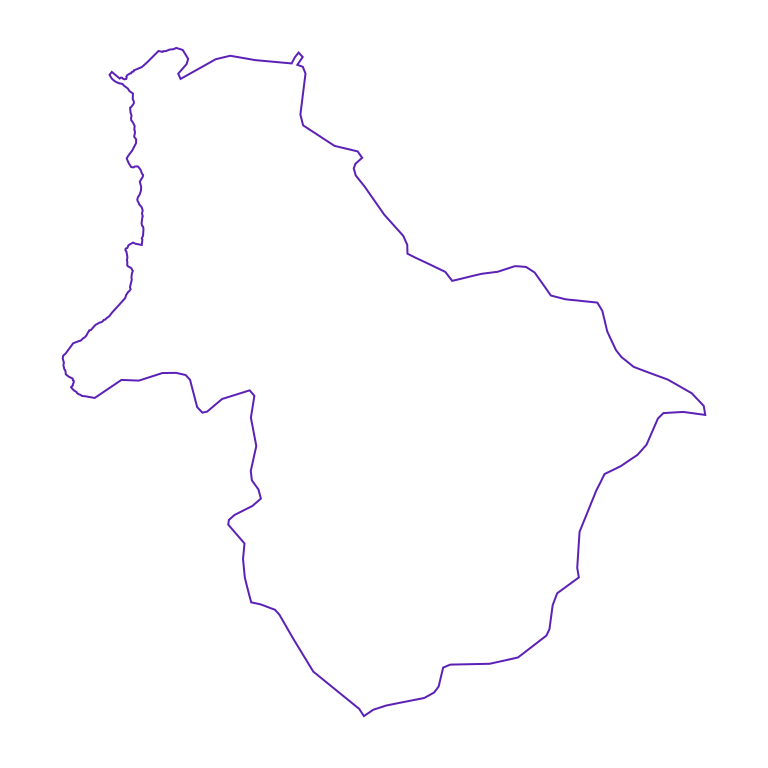 Cavnic, Maramures, Romania (orthographic projection), rotated 91°
{"feature_id": "2599482B81907066395541", "entity_name": "Cavnic", "entity_type": "district", "adm_level": 2, "iso_a3": "ROU", "parent_name": "Romania", "parent_adm1": "Maramures", "projection": "orthographic", "projection_center": [23.847, 47.662], "detail": "fine", "context": "isolated", "style": "outline", "palette": "violet", "viewbox_px": 768, "rotation_deg": 91, "n_neighbors": 0, "source": "geoboundaries", "source_scale": "gbopen_adm2", "svg_char_len": 3944}
<svg xmlns="http://www.w3.org/2000/svg" viewBox="0 0 768 768"><g transform="rotate(91 384 384)"><path d="M640.7,470.0L672.8,449.7L681.8,438.2L709.3,403.1L716.4,398.3L709.9,389.1L705.5,376.4L702.5,362.8L697.2,338.2L691.5,328.4L685.5,324.1L666.5,319.9L663.4,312.8L661.9,273.5L655.1,245.3L646.9,235.0L637.0,222.6L632.7,217.2L626.3,214.3L602.2,211.5L590.2,207.2L574.0,185.8L564.5,187.6L528.4,185.9L486.6,169.8L477.6,165.4L470.1,161.9L467.2,156.0L461.9,145.7L455.4,136.5L450.5,129.4L440.2,120.5L413.7,109.5L408.2,104.1L406.7,84.3L409.3,62.3L400.4,63.9L387.9,76.1L374.6,100.4L367.8,120.0L362.5,134.7L356.1,142.9L352.8,147.2L346.0,152.7L330.5,160.3L327.5,161.7L323.8,162.7L318.2,164.1L311.3,165.9L307.0,167.0L298.9,172.1L298.3,178.7L297.7,186.0L297.1,192.2L296.6,199.0L296.1,204.2L295.9,205.1L294.9,209.2L293.5,215.1L292.6,218.7L290.6,220.2L285.6,223.8L269.9,235.3L264.5,244.0L264.1,249.9L263.9,254.9L264.2,256.1L268.5,268.5L269.8,272.3L270.5,277.2L272.1,288.2L274.1,296.2L276.8,306.4L279.7,317.6L270.8,324.7L262.2,343.5L257.2,354.7L253.3,362.8L244.4,363.2L235.6,367.3L214.6,386.8L187.1,406.7L176.0,415.9L169.0,418.0L164.3,416.4L158.2,409.8L151.9,414.4L146.8,437.6L140.7,447.3L126.8,469.4L116.0,472.3L75.0,467.9L68.3,470.7L66.4,476.2L58.5,471.0L54.1,475.2L59.0,478.9L62.0,480.4L65.1,481.9L62.4,518.6L61.4,524.8L58.5,543.5L62.2,557.9L82.5,592.7L77.4,595.2L67.5,586.9L62.3,585.5L57.9,588.3L53.5,591.1L51.6,597.6L52.9,600.3L53.4,604.3L55.0,608.0L55.1,610.7L55.8,611.1L55.0,615.3L60.6,620.7L66.2,626.1L71.3,631.6L74.8,639.6L75.8,639.7L76.2,640.8L76.6,641.8L77.7,642.1L77.9,643.3L79.8,646.3L81.2,647.0L81.9,646.6L83.6,647.1L83.9,649.0L83.1,650.6L82.4,651.2L82.3,651.7L82.2,652.3L83.2,653.6L76.7,661.6L79.7,663.8L81.6,662.7L83.0,661.7L84.2,660.7L86.1,658.2L86.9,656.7L87.9,654.3L88.6,650.6L90.2,649.3L93.0,645.3L95.6,643.6L97.9,640.1L103.7,640.2L105.7,639.1L107.2,638.9L108.6,639.5L111.3,641.5L112.2,642.7L117.6,642.1L118.3,641.6L120.5,641.1L121.8,641.5L124.6,641.4L126.7,639.7L130.5,637.8L134.2,638.1L135.1,637.6L136.1,637.5L137.2,637.4L140.7,638.1L141.3,638.0L143.7,636.1L147.5,636.1L154.9,639.8L160.7,644.0L163.0,645.2L167.7,643.1L171.5,640.5L171.8,638.3L170.9,636.8L170.7,634.7L171.1,633.5L173.8,631.3L178.0,629.6L179.3,628.5L181.0,628.8L185.9,631.7L191.2,630.2L194.9,630.4L198.8,631.6L201.5,633.3L203.9,633.9L205.7,633.4L206.7,632.6L208.5,632.0L211.6,629.3L214.7,628.3L217.9,629.0L220.4,628.1L220.8,628.4L222.2,628.6L227.6,629.2L229.9,628.7L230.9,627.6L233.4,627.2L239.9,627.5L242.8,628.8L243.8,628.1L249.2,628.6L248.1,635.0L247.0,637.4L249.7,641.9L252.5,643.0L253.0,644.4L253.8,644.9L254.7,644.9L256.2,643.8L260.9,642.9L263.0,642.8L264.5,643.3L266.1,642.8L269.8,642.8L270.6,642.3L272.5,638.8L275.4,637.1L277.4,637.9L281.7,638.4L284.2,638.0L291.6,639.7L293.6,639.0L295.5,640.2L296.3,641.3L299.6,643.4L302.7,644.3L317.5,657.3L321.1,659.9L323.0,662.6L324.5,663.9L324.9,665.4L326.4,666.5L327.4,668.4L327.5,669.3L330.0,673.6L335.2,678.1L335.6,679.8L336.6,680.0L337.3,680.7L340.9,682.5L342.7,684.2L343.5,685.6L345.2,687.2L346.1,688.5L346.4,689.8L348.7,695.5L359.0,702.8L361.4,705.3L364.0,705.7L368.4,704.4L370.7,704.9L374.7,703.9L375.5,703.2L376.8,702.7L379.9,702.3L382.0,699.6L384.0,695.4L385.7,695.1L385.7,694.7L386.5,694.2L387.8,694.2L389.7,695.1L390.7,695.1L391.6,695.7L392.1,696.6L392.8,696.8L395.6,694.2L397.4,691.3L397.9,691.0L398.4,690.7L399.4,689.4L400.2,687.2L401.2,685.8L401.5,682.7L401.5,682.3L403.0,673.0L384.5,646.6L384.9,629.2L376.9,605.7L376.5,592.0L378.5,582.5L383.2,578.0L410.4,570.4L415.8,565.1L414.7,560.4L401.8,545.6L392.7,518.2L398.1,513.4L420.0,516.5L448.2,510.6L473.3,515.7L477.7,515.1L482.7,514.4L491.6,507.7L500.7,505.1L508.1,513.3L512.3,521.2L517.4,531.0L522.6,536.7L527.3,537.3L545.9,520.7L561.4,521.9L579.8,519.8L583.3,518.9L587.8,517.7L597.9,514.9L604.6,513.0L605.5,508.5L606.4,503.9L606.9,502.4L607.8,499.8L610.6,492.0L611.6,489.1L616.4,484.6L630.1,476.4L640.7,470.0Z" fill="none" stroke="#5b21b6" stroke-width="2"/></g></svg>